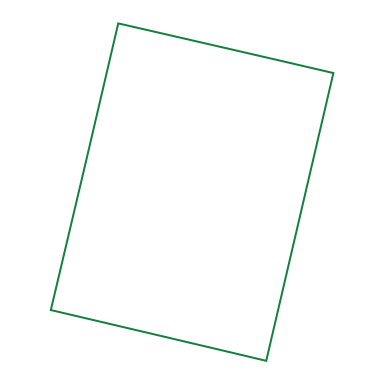 Montgomery, Iowa, United States of America (Albers equal-area conic projection), rotated 283°
{"feature_id": "52423323B65551629720369", "entity_name": "Montgomery", "entity_type": "district", "adm_level": 2, "iso_a3": "USA", "parent_name": "United States of America", "parent_adm1": "Iowa", "projection": "albers", "projection_center": [-95.156, 41.03], "detail": "fine", "context": "isolated", "style": "outline", "palette": "green", "viewbox_px": 384, "rotation_deg": 283, "n_neighbors": 0, "source": "geoboundaries", "source_scale": "gbopen_adm2", "svg_char_len": 255}
<svg xmlns="http://www.w3.org/2000/svg" viewBox="0 0 384 384"><g transform="rotate(283 192 192)"><path d="M192.5,81.8L45.2,81.0L44.6,228.7L44.2,302.3L339.7,303.0L339.8,229.8L339.7,82.2L192.5,81.8Z" fill="none" stroke="#15803d" stroke-width="2"/></g></svg>